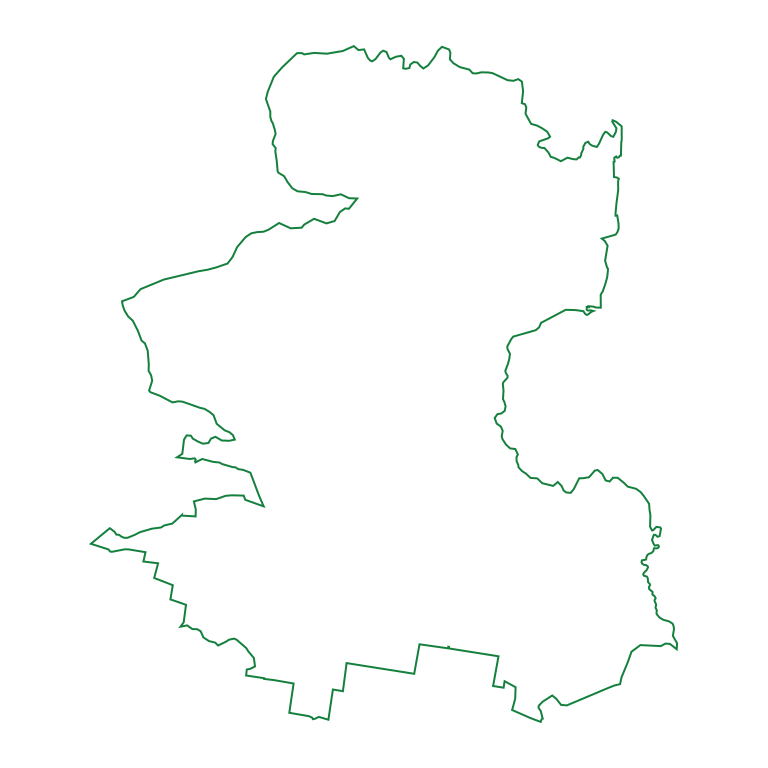 Tlalnelhuayocan, Veracruz, Mexico (Natural Earth projection)
{"feature_id": "50627088B87731139171896", "entity_name": "Tlalnelhuayocan", "entity_type": "district", "adm_level": 2, "iso_a3": "MEX", "parent_name": "Mexico", "parent_adm1": "Veracruz", "projection": "natural_earth1", "projection_center": [-96.975, 19.543], "detail": "fine", "context": "isolated", "style": "outline", "palette": "green", "viewbox_px": 768, "rotation_deg": 0, "n_neighbors": 0, "source": "geoboundaries", "source_scale": "gbopen_adm2", "svg_char_len": 6073}
<svg xmlns="http://www.w3.org/2000/svg" viewBox="0 0 768 768"><path d="M154.2,578.0L172.8,585.2L170.4,599.4L186.0,604.8L183.7,622.3L180.5,626.7L187.1,625.4L192.4,629.1L197.3,629.2L200.7,631.3L203.4,637.4L209.0,641.1L215.2,642.6L218.1,645.5L226.0,641.7L229.0,639.7L234.1,638.6L236.7,639.8L246.3,648.1L248.3,651.4L253.9,658.0L255.0,666.4L250.1,668.9L246.8,669.5L246.1,675.5L264.2,678.2L264.1,678.9L274.0,680.1L293.6,683.5L289.3,712.8L309.0,716.2L312.2,717.7L313.0,719.2L315.1,718.7L318.8,716.9L328.4,719.7L332.9,689.5L342.9,691.2L346.6,663.1L414.2,673.8L419.5,644.3L447.9,648.3L448.3,646.7L449.0,646.9L448.7,648.4L498.5,656.3L493.1,686.0L503.6,687.7L504.6,681.2L515.6,687.2L515.2,698.9L512.1,710.0L530.3,718.0L540.7,721.9L541.4,719.9L542.3,718.1L542.6,718.2L540.8,711.2L538.5,707.6L538.8,705.7L542.5,701.8L552.2,695.5L556.2,698.7L561.1,704.9L566.8,705.4L608.8,687.7L614.4,685.5L620.1,684.1L621.5,677.4L627.9,661.9L631.5,651.7L640.4,645.1L660.8,646.1L665.4,643.6L669.9,643.9L676.7,649.2L677.1,643.3L672.9,635.9L674.0,629.0L673.6,626.2L672.9,624.3L672.4,623.5L668.9,621.3L663.6,619.9L659.7,617.7L656.7,614.2L656.5,612.5L656.9,610.5L655.5,607.7L656.1,605.3L656.0,604.2L654.5,600.7L654.6,600.0L655.6,598.5L655.5,597.7L654.4,596.0L652.4,594.5L652.6,592.0L649.2,589.1L649.0,587.0L650.1,584.8L649.8,584.0L648.1,582.2L647.8,578.5L647.3,577.2L646.7,576.5L643.9,575.7L643.2,574.4L644.2,572.4L646.5,570.3L648.0,567.4L647.8,566.4L646.1,565.1L643.9,564.8L642.2,563.7L641.5,562.3L641.9,560.4L646.1,559.5L646.5,556.9L647.3,555.1L648.9,553.8L651.3,553.1L653.3,551.2L654.1,548.2L656.7,548.4L658.4,547.7L658.9,546.6L658.5,545.5L657.8,545.1L654.9,545.6L653.9,544.5L652.0,540.0L653.8,534.8L655.5,534.9L657.6,536.8L659.6,536.1L661.0,528.6L660.2,527.4L656.4,526.9L653.3,530.1L652.1,530.5L650.4,527.4L650.1,526.7L650.4,515.3L649.5,509.6L649.1,503.8L643.8,496.0L640.7,492.1L636.1,488.8L627.7,486.6L624.0,482.9L617.7,477.8L613.0,477.7L609.6,481.5L605.6,480.4L602.4,474.0L597.7,470.0L594.8,470.6L589.1,477.2L583.3,478.2L579.2,478.3L573.8,489.1L570.8,492.8L566.3,492.5L563.7,490.6L561.6,486.0L557.8,482.0L553.2,485.9L542.2,483.2L537.3,478.4L530.5,477.9L525.9,473.6L522.3,471.3L518.5,467.3L518.3,465.1L516.6,461.1L516.5,457.1L517.9,454.5L515.3,449.0L510.1,448.4L506.0,444.6L502.5,439.2L501.7,436.3L502.7,430.8L500.8,426.5L496.7,423.6L494.7,418.0L497.5,414.1L501.2,413.5L504.7,410.9L505.6,406.3L504.4,402.1L503.0,399.1L503.5,390.6L502.8,383.8L503.4,382.2L507.5,377.7L507.6,375.7L505.9,373.1L505.3,370.9L508.0,363.7L509.2,359.3L510.0,353.9L507.5,349.0L507.3,346.4L511.3,339.0L513.2,336.6L535.7,330.2L539.1,327.4L541.1,322.8L565.7,309.8L575.8,310.1L583.4,311.2L585.3,314.0L586.7,314.9L587.5,314.8L591.8,311.6L593.4,311.0L590.8,310.3L588.1,310.6L586.7,309.7L586.7,307.0L588.8,307.2L588.5,306.2L593.8,306.7L595.2,307.4L600.8,307.7L600.7,294.7L602.8,291.2L605.4,283.8L607.2,277.1L607.9,270.9L607.9,268.5L607.1,267.6L605.1,260.7L607.6,245.7L604.8,241.0L601.8,238.6L615.1,234.8L616.1,234.1L617.6,231.7L618.7,228.1L618.5,223.3L617.2,215.4L615.6,215.7L615.5,213.8L616.4,203.9L618.2,190.1L618.1,181.3L618.8,178.8L617.1,177.6L614.0,177.0L613.6,161.8L614.6,161.5L614.2,157.9L616.1,156.5L617.1,157.7L618.7,157.4L619.9,155.7L620.9,155.7L621.3,141.6L621.7,140.8L621.7,126.3L616.0,121.7L612.6,120.3L612.3,121.8L616.4,128.2L615.9,131.9L613.3,136.8L611.1,136.1L607.1,132.4L605.3,131.8L603.2,134.6L598.8,144.1L596.8,147.0L591.8,145.5L589.6,143.9L588.2,141.7L585.3,143.0L583.2,147.0L583.4,148.8L581.2,153.5L581.2,155.2L579.8,157.6L578.6,157.4L576.7,159.4L573.5,159.2L567.4,157.7L560.9,161.2L554.1,157.8L550.8,156.9L548.4,152.4L544.4,148.0L541.7,147.9L538.8,146.7L537.7,145.0L539.2,141.4L548.1,138.3L550.1,136.7L547.2,131.7L542.0,128.2L536.9,125.5L531.1,123.9L525.5,113.7L526.3,107.4L525.0,104.2L521.8,103.2L523.1,91.3L521.9,81.6L518.2,79.1L513.5,80.8L507.6,80.2L492.7,73.2L488.7,72.5L481.5,72.3L476.0,73.5L472.6,73.2L469.4,69.6L459.8,67.1L453.4,63.2L449.9,59.3L450.4,52.8L449.1,49.5L442.0,46.8L437.9,50.7L434.4,57.2L428.1,65.4L423.4,68.5L420.2,65.9L417.4,62.6L413.9,62.0L410.3,64.5L409.4,68.0L405.7,68.8L403.2,68.3L403.9,58.8L401.4,55.8L396.0,56.7L390.4,59.3L388.8,57.6L386.5,52.0L383.2,50.7L380.4,52.6L375.5,59.1L372.2,61.3L370.3,60.6L367.8,57.8L364.1,49.4L358.5,50.1L353.8,46.1L342.8,51.0L326.9,53.7L314.0,52.9L304.2,54.4L301.9,53.1L297.1,53.1L282.0,67.5L273.8,76.8L267.8,91.6L265.9,99.0L270.3,111.5L270.3,117.0L271.6,121.4L272.8,123.2L274.9,130.2L275.6,134.0L272.9,141.0L272.6,144.1L275.7,148.1L275.3,151.4L276.7,160.6L277.6,171.0L278.3,172.6L284.2,176.3L287.4,181.8L292.2,188.2L297.5,191.3L305.3,192.0L311.7,194.0L322.7,194.2L326.1,195.5L332.7,196.1L340.9,194.3L349.0,198.2L357.2,198.5L348.9,208.8L345.2,208.4L340.0,211.9L334.6,221.0L326.5,223.4L314.1,218.8L304.2,224.6L301.7,227.7L290.6,228.3L279.1,223.0L268.5,229.7L263.6,231.7L257.1,232.1L251.3,233.3L245.6,237.1L237.2,247.0L232.6,256.9L227.6,263.5L216.3,267.4L207.7,269.7L198.2,271.3L163.7,279.6L140.6,289.1L133.8,296.9L122.0,301.3L122.8,305.7L124.5,310.5L128.2,316.5L132.8,320.7L137.9,330.8L141.6,340.7L144.9,343.3L147.7,350.6L148.8,364.2L148.6,370.8L151.1,375.3L152.2,380.7L149.1,390.6L150.4,392.2L159.7,395.7L172.5,402.4L178.3,401.3L182.6,401.7L199.9,407.8L204.4,408.8L209.4,411.8L213.5,415.1L216.7,423.8L224.6,430.3L229.4,432.2L232.9,435.1L234.8,439.6L229.2,440.8L221.8,440.5L215.4,436.8L211.0,438.6L208.4,443.0L202.9,443.7L197.6,441.4L192.8,438.6L190.9,435.7L186.6,435.4L184.0,439.7L182.3,453.8L177.0,457.3L189.9,459.0L194.6,458.3L195.7,459.4L195.1,461.7L195.4,462.4L202.2,459.0L213.3,461.9L219.4,462.5L222.3,464.1L232.6,467.1L235.4,467.3L238.2,469.1L243.2,469.9L250.4,472.7L259.0,495.6L263.7,506.4L245.3,499.8L243.7,495.6L231.8,495.3L225.7,495.8L216.1,499.1L204.9,498.6L193.9,501.4L195.8,509.5L195.6,516.4L181.7,515.6L181.8,515.0L172.3,523.6L164.3,525.4L161.0,527.5L151.8,528.7L139.9,532.2L134.7,534.9L127.5,537.8L124.1,537.8L121.1,536.4L119.0,534.8L116.3,534.6L114.5,531.7L109.8,528.2L90.9,543.8L108.4,549.4L110.3,551.6L112.0,551.8L124.8,549.3L128.7,549.4L145.5,552.2L143.4,561.5L158.1,563.3L154.2,578.0Z" fill="none" stroke="#15803d" stroke-width="2"/></svg>